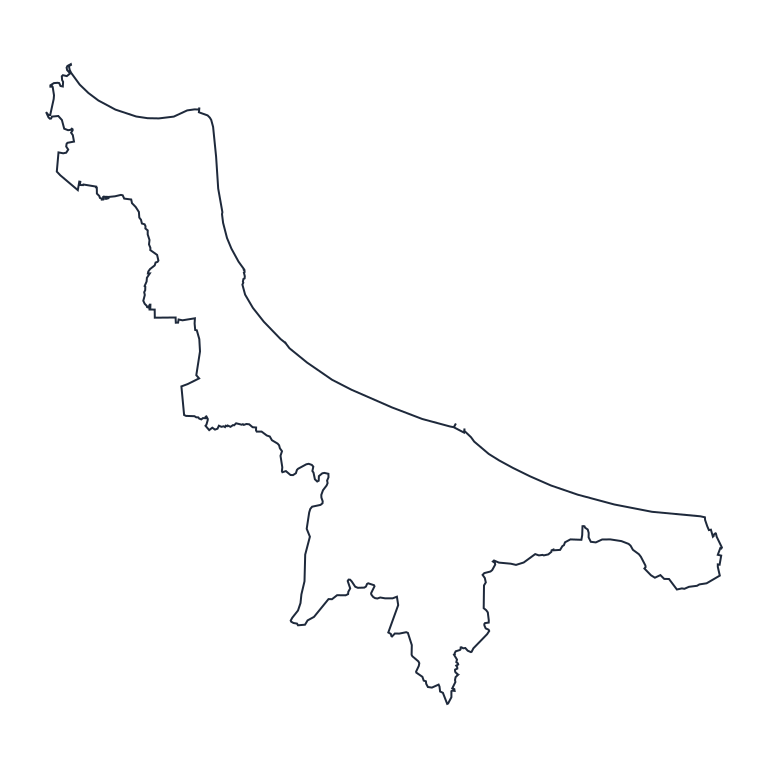 outline of Alvarado, Veracruz, Mexico
{"feature_id": "50627088B94546809143043", "entity_name": "Alvarado", "entity_type": "district", "adm_level": 2, "iso_a3": "MEX", "parent_name": "Mexico", "parent_adm1": "Veracruz", "projection": "mercator", "projection_center": [-95.869, 18.829], "detail": "fine", "context": "isolated", "style": "outline", "palette": "slate", "viewbox_px": 768, "rotation_deg": 0, "n_neighbors": 0, "source": "geoboundaries", "source_scale": "gbopen_adm2", "svg_char_len": 6031}
<svg xmlns="http://www.w3.org/2000/svg" viewBox="0 0 768 768"><path d="M447.2,703.9L448.1,703.5L451.4,697.2L451.4,691.2L452.3,690.6L454.6,690.9L454.3,689.1L452.3,688.3L455.4,682.0L455.0,680.0L455.6,677.1L457.7,675.1L457.2,675.1L457.5,674.0L455.5,672.4L455.0,670.9L455.1,669.6L457.3,668.6L457.2,667.1L456.2,665.6L458.2,664.5L457.9,663.4L456.3,662.1L457.0,659.6L454.0,654.7L454.8,654.3L454.6,653.4L455.7,651.3L459.9,650.0L460.5,649.4L460.7,647.4L461.5,647.3L463.2,648.3L465.3,648.0L467.7,650.7L470.9,652.1L471.6,651.8L473.4,648.3L487.1,634.2L489.2,631.0L488.6,629.7L485.7,628.4L484.4,625.5L484.3,624.1L485.0,623.1L488.7,622.6L488.8,620.5L487.8,612.4L486.2,610.2L483.7,608.2L484.0,585.4L485.8,582.4L484.8,578.0L482.6,574.9L484.3,573.1L490.5,571.5L492.2,570.1L495.2,564.6L494.9,562.9L492.9,561.5L494.0,560.5L498.9,562.6L510.8,563.7L516.0,564.9L523.7,562.5L535.2,554.1L538.9,555.4L542.6,554.9L543.8,555.4L548.3,554.4L551.4,551.8L551.6,550.3L553.5,549.5L553.7,550.3L560.1,549.9L562.4,546.1L563.9,545.2L565.0,542.3L570.4,539.4L581.4,539.8L582.2,535.1L582.5,526.2L583.6,526.1L584.5,526.3L585.1,527.7L587.7,529.5L588.7,532.9L588.6,537.3L590.8,541.8L595.8,542.4L602.1,539.5L610.3,539.4L621.4,541.1L628.6,543.9L630.6,545.7L632.9,549.8L638.9,554.2L640.9,556.8L645.4,565.5L645.6,567.1L644.4,568.5L651.0,575.3L654.9,577.7L660.4,575.1L664.2,578.9L669.0,579.0L676.9,589.5L681.9,588.4L684.4,588.8L689.0,586.8L697.0,585.8L699.4,584.4L706.6,583.3L719.8,575.6L717.8,566.9L717.8,564.4L719.6,564.7L721.2,555.6L717.8,554.8L720.3,548.1L721.3,548.5L721.9,547.5L716.7,536.8L715.9,533.5L715.4,533.3L712.9,535.4L713.6,536.0L712.9,536.7L710.9,529.7L708.9,530.1L707.3,526.4L705.1,520.0L704.9,517.3L700.4,516.3L652.0,511.8L614.4,504.5L577.8,494.7L551.0,485.5L530.0,476.3L512.9,467.9L499.1,460.4L488.7,453.9L474.2,441.6L471.0,437.2L464.4,430.9L464.5,428.5L464.0,432.6L453.9,427.3L455.9,423.5L453.8,427.2L450.1,426.5L422.3,419.0L391.9,407.4L351.6,389.8L332.1,379.8L307.1,362.6L289.5,348.3L285.7,343.3L286.3,342.6L285.5,343.2L285.1,342.8L285.9,341.9L285.0,342.6L280.5,339.0L263.8,321.7L252.9,307.9L245.1,294.6L242.4,284.6L243.3,282.7L242.9,281.7L243.4,279.0L244.6,278.4L244.8,276.2L243.9,272.6L244.5,272.3L244.6,270.9L243.8,269.9L244.2,269.5L238.5,261.6L231.4,248.6L227.0,238.0L223.1,222.9L222.0,214.2L222.4,212.2L218.2,188.6L216.1,156.7L213.1,126.9L211.2,119.9L209.8,117.6L207.6,115.4L198.9,112.3L199.4,107.5L198.9,109.5L194.4,109.4L187.2,110.4L173.8,116.6L158.9,118.4L147.7,118.2L136.2,116.5L115.4,109.6L98.4,100.5L88.4,93.0L79.7,84.6L71.1,72.8L69.7,69.9L68.9,66.1L71.0,64.9L70.8,64.1L67.4,66.0L66.6,67.7L67.2,70.2L70.2,73.4L66.8,76.1L62.9,75.2L61.8,76.3L62.1,80.0L63.1,81.9L62.8,86.5L60.5,86.0L59.2,83.1L57.7,82.8L53.9,83.1L50.4,85.3L50.4,86.7L51.2,86.7L51.7,85.5L52.7,87.0L54.0,95.3L53.7,99.0L50.2,115.0L48.5,115.1L46.1,112.1L48.5,117.4L49.9,118.7L51.1,118.5L51.9,116.6L58.3,116.0L61.9,120.0L64.2,128.7L68.1,130.2L70.7,129.8L71.8,128.7L72.6,129.3L72.6,130.4L71.1,132.7L72.8,135.1L74.0,141.6L67.5,142.8L66.6,143.8L66.2,146.5L68.2,149.6L66.2,152.7L63.2,153.3L58.5,152.4L56.8,171.6L60.3,175.3L77.8,190.1L79.3,181.6L80.3,181.8L79.9,185.0L83.1,185.1L83.4,184.5L96.1,186.6L96.0,187.4L96.8,187.6L96.9,193.6L99.3,196.0L99.9,197.9L101.8,198.7L101.8,199.6L103.2,199.5L103.1,197.0L103.7,196.6L105.2,196.8L105.3,198.8L106.2,198.8L106.1,197.2L106.6,196.8L107.8,196.9L107.7,198.4L108.5,198.2L109.0,196.9L115.0,196.3L120.9,194.9L122.7,195.3L124.2,198.6L131.2,199.5L132.0,203.2L135.7,207.0L138.9,212.0L139.3,217.6L141.0,219.8L141.9,223.5L144.6,224.3L145.5,226.2L145.4,228.5L147.7,230.4L147.7,234.4L149.5,240.0L149.0,244.4L150.4,247.9L150.3,250.1L157.1,254.9L158.4,260.6L157.5,261.9L155.6,262.5L154.7,265.4L150.1,269.0L148.3,271.5L147.9,273.4L149.8,273.4L146.9,277.8L146.6,281.5L144.6,286.1L145.3,286.7L145.2,290.2L144.2,292.2L144.8,295.0L143.3,300.8L144.7,303.8L146.7,305.8L147.1,307.1L148.3,307.5L149.7,304.7L150.4,304.7L150.3,308.0L149.5,308.0L149.5,309.5L154.7,309.6L154.8,317.7L175.6,317.5L175.8,322.7L178.1,322.6L178.6,319.5L182.5,320.3L194.9,318.3L194.6,323.5L195.2,330.0L196.8,330.3L199.3,339.1L200.0,351.4L196.3,375.2L199.1,378.4L187.6,384.1L181.4,386.4L184.1,415.0L186.0,415.9L194.5,416.2L196.2,417.3L198.3,417.4L199.2,418.6L201.3,419.4L202.9,418.1L205.9,418.2L205.7,416.7L206.4,416.4L207.8,419.0L207.7,420.2L206.4,424.7L205.5,425.8L209.2,430.1L212.3,427.7L215.0,429.6L217.5,428.7L218.9,425.7L221.4,426.8L223.7,426.3L225.0,427.1L225.8,425.7L227.0,426.2L227.6,425.5L230.5,426.8L233.0,425.1L234.1,425.3L236.1,423.3L241.8,424.7L242.9,424.2L243.8,424.9L246.4,424.0L249.2,424.3L252.6,427.2L256.1,427.5L256.0,430.3L256.7,431.6L261.6,431.6L266.8,435.5L269.8,436.5L271.9,440.2L277.6,443.6L279.1,445.3L279.9,448.3L282.0,451.2L280.5,455.8L282.3,467.3L281.9,471.2L282.4,472.2L285.9,471.1L290.5,475.0L293.0,475.1L295.9,473.2L296.9,470.0L298.0,468.8L306.3,464.3L308.7,463.8L311.8,464.9L313.3,466.6L312.4,471.0L313.5,472.6L314.9,479.3L317.2,481.5L318.7,480.7L318.9,476.1L322.3,473.3L324.4,472.9L328.4,473.8L328.5,477.3L327.1,480.6L327.6,483.1L326.6,485.5L323.0,490.2L321.3,494.9L321.4,497.6L322.7,501.3L322.5,503.3L320.5,504.9L312.1,506.7L310.3,508.9L309.2,512.4L306.7,528.8L309.9,536.7L305.2,554.6L304.5,581.3L301.4,594.4L300.5,603.1L298.0,610.5L292.3,617.7L290.7,620.6L291.2,621.7L293.5,623.0L297.0,623.6L298.0,625.3L305.0,624.7L307.6,620.4L314.0,616.9L328.5,599.1L332.0,599.2L337.1,595.2L345.6,595.3L348.1,594.1L348.3,591.8L350.2,588.4L347.7,581.0L348.6,579.6L350.1,579.7L351.7,581.4L355.2,586.7L357.8,587.8L364.3,587.6L366.0,586.5L367.0,584.0L368.2,583.3L374.0,585.2L374.5,586.3L371.1,593.2L371.3,594.5L373.1,596.9L375.0,598.1L377.4,598.5L380.2,597.5L384.9,598.3L392.7,598.3L396.9,596.7L398.2,605.1L388.3,632.5L390.8,633.9L391.4,636.1L392.0,636.5L394.9,633.5L399.3,633.6L406.2,632.2L407.9,632.9L411.8,645.1L411.6,654.8L412.4,656.3L418.4,661.4L419.3,663.2L418.8,665.9L416.1,671.6L416.3,672.6L422.4,676.8L423.7,680.6L425.9,681.3L426.2,683.8L427.9,687.0L431.9,687.6L438.6,684.6L439.5,686.6L440.1,691.5L442.9,692.8L447.2,703.9Z" fill="none" stroke="#1e293b" stroke-width="2"/></svg>